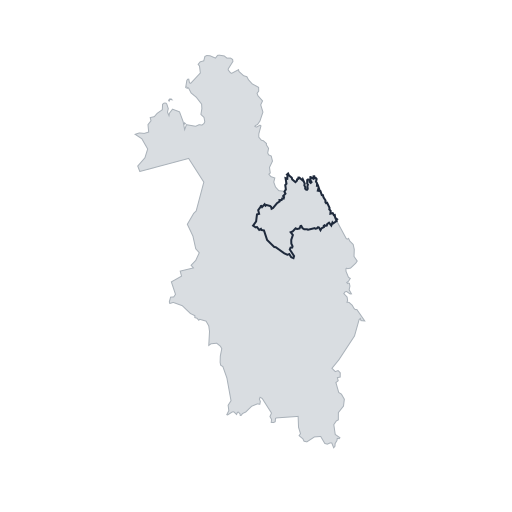 location of Qostanay within Kazakhstan, rotated 73°
{"feature_id": "KAZ-3196", "entity_name": "Qostanay", "entity_type": "Region", "adm_level": 1, "iso_a3": "KAZ", "parent_name": "Kazakhstan", "parent_adm1": "", "projection": "equal_earth", "projection_center": [62.901, 51.427], "detail": "medium", "context": "in_parent", "style": "outline", "palette": "slate", "viewbox_px": 512, "rotation_deg": 73, "n_neighbors": 0, "source": "natural_earth", "source_scale": "10m", "svg_char_len": 5552}
<svg xmlns="http://www.w3.org/2000/svg" viewBox="0 0 512 512"><g transform="rotate(73 256 256)"><path d="M300.7,329.5L298.3,330.6L297.0,332.5L295.2,331.9L291.9,335.5L282.0,341.0L276.2,348.7L276.2,352.3L274.5,352.3L270.4,349.7L271.1,346.6L269.1,344.2L256.0,344.5L253.5,333.1L248.3,332.9L249.1,319.3L245.9,320.8L242.6,314.9L236.3,309.3L231.5,311.5L218.5,310.5L205.6,312.4L197.0,303.1L195.4,300.0L170.1,284.3L143.0,291.9L141.2,342.4L135.4,342.8L129.6,333.5L122.0,328.3L110.5,330.9L104.3,336.0L104.2,331.6L106.1,327.0L106.1,322.4L98.8,320.9L96.0,316.9L92.7,316.7L93.0,312.5L90.7,308.8L88.7,302.8L83.6,301.0L82.9,299.1L83.4,297.5L84.6,296.9L89.4,296.8L92.6,298.6L96.4,298.2L94.1,297.0L91.2,292.9L95.8,287.0L106.3,286.4L114.3,287.3L110.1,284.1L114.3,275.8L113.8,272.0L115.0,269.4L114.1,267.0L112.6,265.7L108.2,265.2L104.5,267.3L99.3,264.7L94.9,263.6L86.9,266.6L81.1,270.4L75.5,271.4L75.5,272.9L74.8,272.5L73.9,273.2L74.1,273.9L67.9,270.8L67.0,269.7L67.2,268.6L70.9,269.0L71.8,268.0L64.7,255.7L57.8,254.5L55.8,255.3L54.0,252.6L54.1,248.9L50.2,246.5L49.9,244.4L51.1,241.4L54.9,236.9L52.9,234.1L53.2,232.4L55.4,227.9L58.2,226.0L59.3,222.5L61.2,220.9L63.2,221.2L68.9,227.8L69.9,228.2L73.2,226.9L74.2,225.9L72.7,218.2L74.5,218.4L79.9,215.2L81.9,212.3L85.2,211.7L90.3,209.3L95.5,204.2L99.1,205.2L100.7,207.4L103.3,207.3L109.6,204.4L112.8,207.3L120.4,207.3L128.1,212.8L130.7,216.1L131.1,218.6L131.9,219.2L132.9,217.6L132.0,214.0L133.0,213.2L140.0,217.6L143.2,218.6L146.9,217.0L147.9,215.3L151.5,213.1L152.7,213.6L156.7,212.5L160.9,214.7L163.0,214.3L164.9,212.2L170.1,212.5L175.2,217.2L180.8,218.1L181.5,219.8L184.4,218.6L186.9,215.2L190.5,217.4L195.7,217.2L200.2,215.1L202.2,210.4L201.9,209.3L200.0,207.8L191.1,205.2L190.4,203.6L186.9,201.6L190.8,199.3L193.3,198.9L196.5,196.6L194.4,192.4L197.1,188.8L206.2,189.2L207.2,188.4L206.6,187.1L203.1,185.7L198.6,184.9L198.3,184.3L198.9,183.0L201.9,182.1L201.3,181.4L199.1,181.7L196.5,180.9L199.0,176.1L205.8,176.9L230.3,171.7L234.8,171.5L236.4,172.2L237.8,170.1L240.1,168.8L247.3,168.3L265.8,164.6L266.6,163.7L266.2,162.4L269.2,161.9L273.4,159.7L278.4,160.1L285.1,162.4L290.4,160.7L292.1,162.8L295.2,169.1L295.0,171.9L294.1,173.1L294.5,173.7L296.9,174.4L303.4,173.8L305.0,172.4L307.1,174.8L307.9,177.0L309.2,176.3L308.9,175.2L309.4,174.7L312.3,175.0L315.5,176.8L320.1,175.8L319.8,177.1L316.4,179.8L316.3,181.2L317.6,183.0L321.9,180.9L325.3,181.4L326.8,182.5L327.6,180.6L331.2,178.4L334.8,177.6L336.3,176.7L336.7,175.2L349.9,171.0L348.5,174.5L346.2,174.5L347.0,176.0L361.3,185.2L379.5,207.1L385.6,216.2L389.7,214.0L389.6,211.0L392.3,209.6L396.4,210.9L396.1,213.7L399.3,213.9L400.4,216.6L410.7,216.8L413.1,214.7L418.8,213.4L425.1,216.2L429.8,223.0L436.8,225.2L437.2,227.4L440.0,230.9L449.8,232.4L454.3,228.9L455.0,229.9L454.2,231.6L456.2,232.6L458.5,235.2L461.0,236.1L462.1,237.8L457.0,238.2L456.4,239.7L456.8,242.8L455.4,245.0L447.5,246.9L446.1,253.0L448.6,261.7L447.2,264.2L444.6,264.6L440.4,267.3L438.9,265.4L432.2,265.4L421.7,262.6L416.8,283.8L417.0,284.8L420.1,286.1L420.4,287.9L419.6,290.1L416.8,288.9L413.6,289.6L410.7,287.1L394.1,291.7L392.3,293.4L393.8,294.6L396.4,294.4L398.9,295.7L397.8,297.9L398.4,304.1L402.2,311.4L402.7,314.9L404.1,316.9L403.8,317.7L402.4,317.4L400.1,318.5L400.1,319.5L401.9,320.9L398.5,322.8L398.2,324.3L399.7,329.7L399.2,330.3L395.9,327.2L390.6,326.3L387.1,322.2L364.2,319.5L352.1,320.0L350.1,321.7L347.2,321.4L341.3,319.4L334.6,315.8L331.9,316.4L327.9,319.1L326.8,324.7L327.7,327.3L314.5,322.5L309.0,321.6L303.7,322.8L300.1,328.3L300.7,329.5ZM82.5,293.8L81.6,294.1L80.6,292.7L81.0,291.2L82.0,290.7L81.1,292.5L82.5,293.8ZM109.0,286.3L108.2,286.0L107.7,285.4L108.9,284.8L109.0,286.3Z" fill="#d9dde1" stroke="#a8b0b8" stroke-width="1"/><path d="M244.9,168.9L246.1,168.6L247.4,172.7L246.3,173.1L248.9,175.1L245.5,176.4L246.3,178.6L247.6,179.4L247.5,180.6L246.6,181.4L247.0,182.4L248.2,182.6L248.7,185.3L250.2,186.8L247.1,187.5L246.6,188.3L247.4,189.7L247.3,191.2L246.5,191.8L246.1,198.6L245.4,199.3L244.5,202.1L243.0,203.4L240.4,203.9L240.3,204.6L242.4,206.3L242.2,208.9L241.1,210.0L243.2,213.7L243.4,215.9L246.7,214.6L250.9,217.6L254.5,218.6L257.4,218.2L258.5,218.9L258.1,220.5L259.6,221.8L267.2,219.6L269.0,220.8L267.4,222.7L263.9,223.6L264.0,225.6L261.7,228.2L253.3,234.6L252.8,235.9L243.9,240.7L233.9,240.9L232.7,243.3L231.5,243.4L232.0,245.3L228.6,246.6L228.5,248.0L226.1,249.9L223.0,245.8L216.5,242.9L216.6,240.7L212.8,240.5L209.9,236.7L208.9,236.5L211.0,235.9L209.0,232.6L210.7,232.2L210.3,231.1L212.3,227.9L213.4,227.2L215.4,227.3L215.1,225.7L211.6,220.4L210.7,217.4L209.4,217.2L210.0,215.2L208.6,214.0L209.2,212.8L207.8,211.9L206.6,212.5L205.0,209.6L202.8,210.0L201.1,208.0L196.7,207.3L195.8,205.7L190.2,205.0L191.3,203.5L187.9,202.2L187.2,202.6L186.5,201.2L188.6,200.9L191.6,198.9L193.3,199.0L196.9,196.7L195.9,194.8L194.7,194.3L194.6,193.0L193.4,192.5L193.6,191.7L197.2,189.4L196.4,188.8L201.0,188.2L202.6,189.1L204.7,188.7L206.0,189.3L207.3,188.6L207.6,187.7L206.9,186.9L204.1,186.4L203.0,185.5L201.7,185.9L198.3,184.8L198.0,183.9L199.0,182.3L200.7,183.1L202.1,182.3L201.6,181.3L199.5,181.8L195.6,180.7L196.8,180.7L198.7,178.7L196.6,177.7L196.8,177.0L198.8,177.4L198.7,176.1L200.1,175.5L202.4,176.9L204.5,176.3L206.5,177.1L206.5,176.1L210.5,176.0L210.8,176.4L210.3,177.0L211.6,177.8L212.2,176.7L211.8,176.0L212.6,175.4L217.0,175.3L217.4,174.2L219.8,174.3L223.1,173.3L224.9,173.9L226.0,173.5L225.9,172.4L231.5,171.6L232.8,172.3L234.7,171.4L237.3,172.5L237.4,170.1L239.8,169.6L239.8,168.7L242.7,169.1L244.5,167.8L244.9,168.9Z" fill="none" stroke="#1e293b" stroke-width="2"/></g></svg>